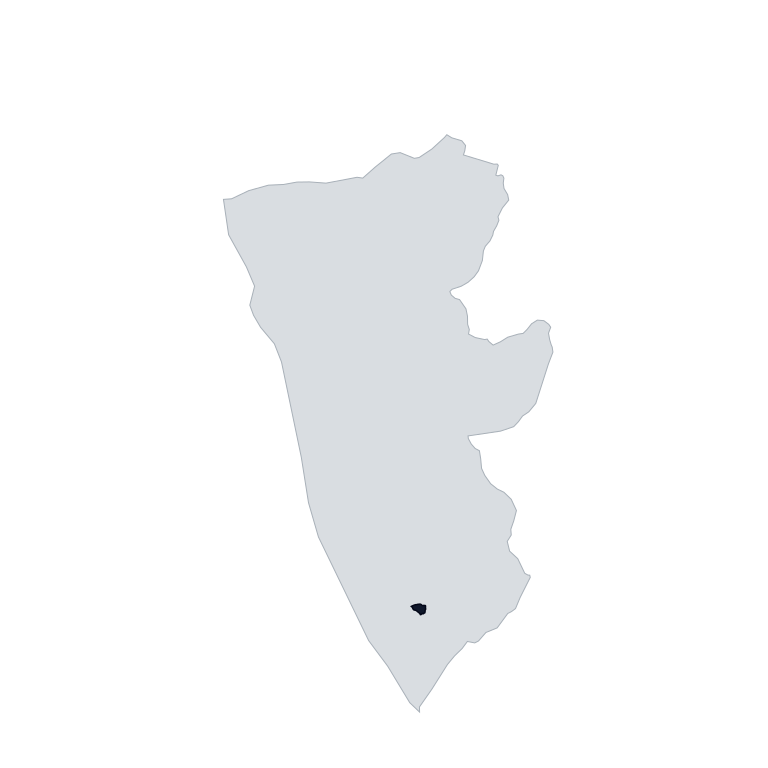 location of Dweh, Grand Kru, Liberia, rotated 36°
{"feature_id": "62588387B41100614633328", "entity_name": "Dweh", "entity_type": "district", "adm_level": 2, "iso_a3": "LBR", "parent_name": "Liberia", "parent_adm1": "Grand Kru", "projection": "albers", "projection_center": [-8.062, 5.074], "detail": "fine", "context": "in_parent", "style": "filled", "palette": "ink", "viewbox_px": 768, "rotation_deg": 36, "n_neighbors": 0, "source": "geoboundaries", "source_scale": "gbopen_adm2", "svg_char_len": 3028}
<svg xmlns="http://www.w3.org/2000/svg" viewBox="0 0 768 768"><g transform="rotate(36 384 384)"><path d="M145.6,329.0L151.8,323.8L160.9,307.1L173.6,291.1L185.5,281.6L194.9,271.8L204.8,264.4L219.0,255.6L240.7,232.6L245.8,229.9L249.3,214.0L254.8,193.6L261.1,187.3L275.9,183.6L279.3,180.1L284.6,165.8L288.0,149.1L288.3,145.4L294.1,145.0L304.0,141.5L309.8,143.1L312.3,147.9L313.6,152.0L343.7,141.6L346.3,139.5L347.9,139.9L351.7,149.3L353.8,148.7L355.7,146.0L357.7,145.7L360.0,147.0L362.4,151.4L366.2,155.3L372.7,158.1L376.8,161.9L376.3,172.0L377.9,181.7L380.7,184.0L382.2,189.8L382.9,196.2L384.5,199.6L385.6,206.0L385.0,213.0L386.2,217.9L391.0,226.3L393.9,236.9L393.9,244.4L392.2,252.3L389.0,259.5L383.4,267.3L382.9,270.5L386.2,272.5L391.2,272.9L395.5,271.3L406.1,275.0L411.7,280.1L416.6,286.6L421.0,289.8L423.0,293.9L430.5,292.8L439.3,288.9L441.1,287.0L443.8,288.0L449.4,288.4L453.4,281.4L456.6,273.4L463.4,264.6L466.8,261.3L467.7,255.7L468.0,248.5L470.5,242.2L476.1,238.8L482.2,238.9L485.5,240.1L487.2,246.2L492.0,250.8L496.2,254.0L498.4,255.3L501.9,258.9L505.2,271.1L518.2,310.5L517.5,321.4L514.9,328.5L514.9,335.5L514.0,342.3L506.0,353.6L482.5,376.6L484.3,378.6L489.9,381.3L495.7,382.6L500.4,381.9L506.2,387.7L512.5,394.9L519.2,398.7L528.9,402.0L537.4,402.4L544.6,401.1L554.7,402.5L565.5,408.5L569.4,418.4L572.0,427.0L575.7,431.4L576.2,438.9L583.9,445.4L594.9,446.7L609.1,454.4L612.7,454.0L614.3,453.0L616.0,454.5L619.6,476.6L622.4,488.4L620.9,493.2L619.0,496.9L618.9,514.8L612.5,525.1L611.5,536.4L609.6,540.1L602.8,543.3L602.7,552.0L600.9,562.5L600.2,573.6L602.1,602.7L602.5,624.4L605.6,628.5L592.2,626.7L552.8,610.1L522.4,600.6L420.9,546.3L392.7,524.4L360.2,491.9L288.1,426.4L271.7,415.9L250.9,410.7L238.1,405.1L229.1,399.1L221.8,380.9L203.8,370.1L170.6,354.6L145.6,329.0Z" fill="#d9dde1" stroke="#a8b0b8" stroke-width="1"/><path d="M539.2,544.0L539.0,544.4L538.9,544.5L538.5,544.9L538.3,545.3L538.0,545.7L537.4,546.8L537.2,547.1L536.8,547.9L537.3,548.0L537.7,547.9L538.0,548.0L538.4,548.1L538.8,548.4L539.2,548.6L539.4,548.8L539.6,548.8L539.9,549.0L540.3,549.1L541.0,549.2L541.7,548.9L542.7,548.5L543.4,548.3L544.2,548.4L544.3,548.4L545.1,548.5L545.4,548.5L545.5,548.5L545.9,548.4L546.4,548.5L546.9,548.5L547.3,548.6L547.9,548.7L548.4,548.9L548.8,549.1L549.0,549.2L549.4,548.9L549.4,548.7L549.5,548.3L549.7,548.1L549.8,547.9L549.9,547.7L549.8,547.4L549.8,547.2L550.1,546.9L550.5,546.8L550.8,546.8L551.0,546.3L551.0,545.9L551.4,545.4L551.5,545.2L551.4,544.8L551.3,544.6L551.0,544.0L550.9,543.8L550.8,543.7L550.6,543.4L550.3,543.0L550.2,542.6L550.2,542.0L549.9,541.7L549.6,541.1L549.1,540.6L548.9,540.4L548.7,540.1L548.5,539.7L548.2,539.4L548.0,539.1L547.8,539.0L547.5,539.0L547.3,539.2L547.0,539.3L546.7,539.5L546.2,539.8L546.0,540.1L545.8,540.4L545.5,540.5L545.1,540.7L544.8,540.7L544.6,540.7L544.4,540.7L544.0,540.6L543.8,540.6L543.6,540.6L543.2,540.6L542.7,540.8L542.3,541.1L542.1,541.3L541.9,541.4L541.4,541.9L540.8,542.4L539.9,543.5L539.6,543.8L539.2,544.0Z" fill="#0f172a" stroke="#020617" stroke-width="1.5"/></g></svg>